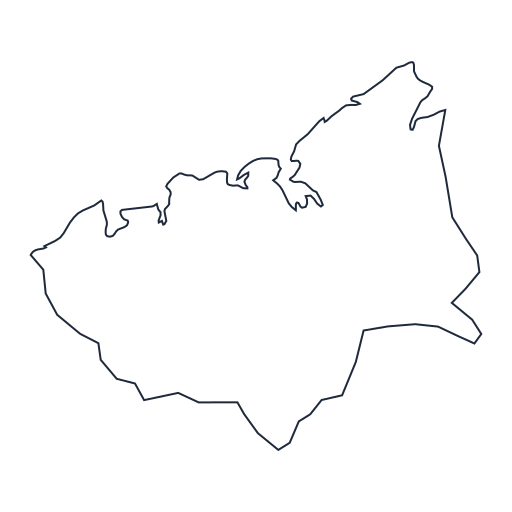 Boeny, orthographic projection
{"feature_id": "MDG-5870", "entity_name": "Boeny", "entity_type": "Autonomous Province", "adm_level": 1, "iso_a3": "MDG", "parent_name": "Madagascar", "parent_adm1": "", "projection": "orthographic", "projection_center": [46.116, -16.217], "detail": "fine", "context": "isolated", "style": "outline", "palette": "slate", "viewbox_px": 512, "rotation_deg": 0, "n_neighbors": 0, "source": "natural_earth", "source_scale": "10m", "svg_char_len": 3214}
<svg xmlns="http://www.w3.org/2000/svg" viewBox="0 0 512 512"><path d="M30.7,255.0L31.8,253.2L33.2,251.6L35.7,250.1L38.2,249.4L43.5,248.5L45.9,247.4L44.4,246.1L55.0,241.0L60.2,237.6L63.8,233.0L70.0,222.5L74.0,217.3L78.1,213.3L83.0,210.4L94.2,205.5L101.3,200.5L102.6,201.7L103.1,204.4L103.4,210.4L106.6,221.0L106.8,221.9L106.9,223.7L106.8,225.0L105.8,228.9L105.6,232.1L105.9,234.6L107.2,236.2L110.1,236.7L112.9,235.8L114.7,233.7L116.2,231.3L118.2,229.5L124.4,227.1L127.0,225.3L128.2,222.3L127.7,220.6L124.1,219.3L122.0,217.0L120.5,213.8L120.4,211.4L122.0,209.9L151.8,206.5L153.1,206.2L154.4,205.5L156.8,203.9L158.2,209.2L159.6,211.2L160.3,211.7L160.5,212.4L160.6,215.1L158.6,220.6L158.8,222.5L161.9,220.9L163.2,224.6L164.5,224.1L166.3,220.9L164.4,211.1L165.0,209.0L167.9,206.0L169.3,203.9L169.1,203.4L169.3,198.6L169.6,196.9L170.3,195.5L170.7,194.1L170.6,192.1L169.2,189.7L167.2,188.1L166.2,186.4L167.5,183.8L173.3,177.5L179.4,173.5L181.3,173.4L184.3,174.6L187.0,175.3L189.8,175.3L192.5,175.6L199.1,179.8L203.2,179.2L214.4,172.7L216.7,171.8L219.1,171.4L221.9,171.2L225.9,171.7L227.3,173.4L226.9,179.7L227.1,182.7L227.8,184.2L229.3,184.9L231.9,185.5L233.5,185.7L236.6,185.4L238.2,185.5L243.2,188.2L247.4,188.4L247.4,187.2L245.6,184.9L244.4,181.6L245.2,179.6L246.8,177.9L248.2,175.9L248.3,172.6L243.9,174.9L239.6,178.2L237.1,179.4L238.2,175.2L240.8,170.8L244.6,166.9L248.9,163.5L253.1,160.9L257.3,159.2L261.7,158.4L270.7,158.3L275.3,158.9L277.5,159.7L278.3,161.0L278.4,163.2L278.6,165.2L279.3,167.0L280.8,168.7L278.7,172.1L277.8,175.1L276.6,177.8L273.2,180.3L277.2,183.6L280.1,186.6L282.4,190.1L288.8,203.4L291.8,207.0L295.8,210.3L295.9,208.5L295.8,206.0L296.0,203.8L297.0,202.5L298.5,203.0L300.5,206.6L302.0,207.7L305.6,206.9L307.1,203.6L307.0,199.5L305.7,196.1L310.6,195.6L314.1,199.0L317.2,203.6L320.9,206.5L322.8,205.0L320.8,199.9L316.5,192.1L312.9,190.4L305.3,183.3L300.8,181.7L294.9,182.0L293.3,181.7L289.9,179.6L290.3,178.4L292.4,177.1L294.6,175.2L299.5,167.6L300.3,163.8L298.3,160.9L296.3,160.7L293.8,161.0L291.7,161.0L290.8,159.6L291.4,156.5L294.1,151.3L296.1,144.4L299.6,140.8L307.7,134.2L319.3,121.2L323.6,118.0L323.9,119.0L324.3,119.8L324.6,120.7L324.7,121.9L326.7,120.8L331.7,116.1L339.5,110.4L341.7,108.3L346.0,105.4L350.8,104.9L355.7,105.0L359.8,103.8L357.4,102.1L351.7,100.5L351.1,98.7L353.1,96.6L363.6,94.1L382.5,80.4L396.4,67.7L404.1,65.5L409.2,62.7L412.1,62.1L413.3,62.7L413.8,64.2L414.0,66.0L414.0,71.0L414.3,72.0L416.5,76.7L417.9,78.7L419.9,80.3L422.8,81.9L429.0,84.6L432.1,86.7L432.1,89.0L430.3,91.5L427.5,96.3L425.2,98.2L422.3,100.1L420.5,102.1L412.2,118.5L410.0,124.9L410.6,129.4L412.6,129.8L413.9,127.2L415.6,121.0L417.8,119.0L421.1,117.9L427.6,117.0L433.8,114.7L439.6,111.6L445.3,110.0L438.9,145.8L445.6,176.8L452.3,217.3L465.9,238.8L477.2,255.5L479.4,272.1L465.6,288.7L451.8,302.9L472.2,319.7L481.3,334.0L474.4,343.5L458.5,336.3L438.0,326.6L415.2,324.2L387.9,326.4L363.6,330.5L355.8,362.0L342.1,395.3L321.6,400.0L310.2,414.3L298.8,421.4L289.7,442.8L278.3,449.9L257.9,433.2L244.2,414.2L237.4,402.3L198.7,402.4L178.2,392.9L144.1,400.1L135.0,383.5L116.7,378.8L100.7,359.8L98.4,343.2L80.1,333.8L57.2,314.8L45.7,293.5L43.3,269.7L30.7,255.0Z" fill="none" stroke="#1e293b" stroke-width="2"/></svg>